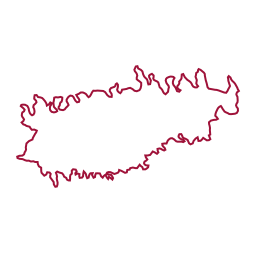 the district of Presidente Juscelino, Minas Gerais, Brazil, rotated 94°
{"feature_id": "56859067B65313354012755", "entity_name": "Presidente Juscelino", "entity_type": "district", "adm_level": 2, "iso_a3": "BRA", "parent_name": "Brazil", "parent_adm1": "Minas Gerais", "projection": "natural_earth1", "projection_center": [-44.096, -18.713], "detail": "fine", "context": "isolated", "style": "outline", "palette": "rose", "viewbox_px": 256, "rotation_deg": 94, "n_neighbors": 0, "source": "geoboundaries", "source_scale": "gbopen_adm2", "svg_char_len": 5808}
<svg xmlns="http://www.w3.org/2000/svg" viewBox="0 0 256 256"><g transform="rotate(94 128 128)"><path d="M65.0,59.6L64.3,61.6L65.4,62.2L67.0,62.2L68.4,63.8L70.5,63.9L72.2,64.2L75.4,62.7L78.7,63.0L80.1,62.3L81.4,61.0L82.7,62.1L82.8,64.1L82.2,65.7L80.8,66.9L79.4,67.6L77.9,68.8L76.7,70.6L75.8,72.2L73.3,74.9L70.3,76.7L70.9,78.1L74.9,78.1L76.3,78.9L78.1,80.2L79.7,79.9L81.1,80.4L82.7,81.6L84.1,81.8L85.7,80.4L86.7,78.3L88.2,79.4L87.8,81.6L84.4,83.4L81.8,85.7L80.1,86.4L78.3,86.4L76.4,85.9L74.9,85.1L73.9,86.2L73.7,87.8L73.8,89.5L74.3,90.8L75.2,92.5L76.3,93.4L78.0,93.7L80.4,92.8L81.9,91.6L82.9,90.6L84.5,90.0L86.2,90.4L89.1,90.6L91.7,92.9L90.8,94.5L89.5,95.5L87.8,96.4L86.3,97.7L85.2,99.2L80.4,101.0L79.5,102.3L78.9,104.0L78.1,105.6L76.7,106.3L75.4,106.0L73.8,106.1L72.3,107.9L73.2,109.6L74.2,110.6L75.7,110.5L79.0,108.5L82.7,109.0L83.1,110.7L81.6,111.3L79.9,111.7L78.2,112.4L76.1,114.9L75.1,115.7L73.4,116.6L70.5,117.6L69.1,119.2L67.9,122.0L65.7,122.9L66.1,124.5L69.4,125.7L70.9,125.1L72.0,124.0L73.2,123.1L75.1,122.4L76.9,122.8L78.7,122.7L79.7,121.4L80.7,119.7L82.0,118.0L84.5,117.8L86.3,118.0L87.7,118.3L89.4,119.2L90.7,121.8L90.4,124.1L88.9,126.1L87.8,128.6L88.3,130.5L89.1,132.1L89.6,134.0L90.2,136.6L92.4,137.1L93.8,138.1L92.9,139.8L91.7,141.0L90.5,141.5L87.6,140.9L85.5,141.1L84.3,142.2L85.2,143.3L86.8,143.5L87.9,144.5L89.3,147.7L90.9,148.8L92.6,148.7L95.0,146.8L96.7,146.4L98.1,146.5L98.1,148.9L96.7,150.9L93.8,153.3L92.8,155.3L92.8,161.0L93.2,163.4L93.2,165.2L94.8,166.3L97.5,167.4L99.1,168.3L100.0,169.5L98.9,170.7L97.2,172.1L96.3,173.7L95.7,175.5L95.9,177.7L97.3,179.4L98.6,181.9L101.1,180.2L102.1,179.2L103.5,178.4L105.3,178.7L105.9,180.6L104.5,182.3L102.6,183.6L101.0,184.5L99.9,185.8L99.7,187.8L101.0,189.5L102.4,190.4L104.0,191.2L105.6,191.1L107.5,189.8L109.2,188.9L110.7,190.0L112.1,191.3L113.8,192.4L114.7,194.0L114.6,195.6L114.4,197.2L113.2,198.6L111.7,198.6L110.3,197.7L108.8,197.6L107.3,197.2L106.4,196.1L104.1,195.6L102.2,195.7L101.7,197.4L102.4,200.0L102.3,202.1L102.9,203.7L106.1,203.9L107.9,204.2L112.0,203.4L113.6,201.8L114.8,200.3L116.1,199.8L117.1,201.2L117.6,203.0L117.2,205.3L115.7,206.8L114.0,207.3L111.8,207.2L110.0,206.2L108.6,205.8L107.9,207.3L110.0,208.6L111.3,210.5L109.3,211.1L107.2,212.5L105.1,214.5L104.1,215.7L103.6,217.4L103.4,219.9L101.5,221.5L101.8,223.4L103.4,223.6L105.4,223.6L107.2,221.6L108.7,221.1L110.2,222.1L111.8,223.7L113.8,224.0L115.5,223.0L117.9,222.4L119.6,222.5L121.2,223.2L122.0,224.6L121.2,225.9L119.9,227.0L117.6,228.0L115.7,228.4L114.3,229.1L113.0,230.0L112.0,232.3L112.0,234.4L112.4,236.0L113.6,236.5L115.6,233.7L117.0,232.4L118.6,232.9L119.9,234.5L121.4,234.8L123.1,234.8L124.4,234.1L125.4,233.2L126.7,232.3L128.4,232.9L129.9,234.5L131.7,232.7L132.2,230.7L133.0,229.5L133.6,226.2L135.1,225.2L136.5,223.8L136.1,221.4L137.0,218.8L138.8,219.3L140.2,220.2L144.5,222.2L146.1,222.5L148.0,225.9L150.5,228.2L154.5,228.6L156.6,228.2L158.0,228.6L159.5,229.4L161.5,229.8L162.9,231.4L163.3,234.4L164.3,236.5L165.7,236.1L166.3,233.9L166.4,230.9L167.3,228.5L167.7,226.7L167.5,224.6L168.2,222.5L167.8,220.1L168.4,218.2L168.2,215.8L170.3,215.4L172.5,214.2L173.6,211.9L177.3,211.5L178.7,211.1L181.4,208.2L180.1,206.3L177.8,205.5L177.9,203.1L179.2,201.9L180.9,202.3L182.6,202.2L187.1,198.4L189.5,198.0L191.7,196.4L191.3,194.9L189.4,194.4L187.4,194.4L184.2,195.4L182.8,195.6L181.4,195.4L179.6,195.9L177.6,196.8L176.4,195.6L177.2,193.4L177.8,190.5L179.4,189.1L181.0,188.3L182.1,186.1L183.7,185.3L184.4,183.8L184.4,182.3L182.6,182.2L180.4,182.4L178.7,182.1L177.5,180.8L174.4,181.1L173.0,179.9L173.2,177.2L174.8,176.2L176.8,177.4L178.1,177.0L176.9,175.2L177.4,173.2L179.5,173.3L181.1,172.7L180.7,170.4L179.4,169.5L176.0,169.4L174.4,169.1L175.7,167.7L176.9,166.8L178.9,166.2L180.9,165.2L180.2,163.8L178.5,163.6L176.9,163.1L175.8,162.3L175.5,160.1L177.3,160.6L180.0,158.9L179.2,157.5L177.3,157.4L175.5,156.8L175.3,155.2L175.3,152.9L178.1,151.4L179.3,149.8L177.8,149.0L176.7,147.9L177.5,146.3L178.8,145.7L180.2,144.3L178.1,143.6L179.1,141.9L180.5,140.0L179.0,139.4L177.3,140.4L176.0,141.5L175.8,143.7L175.3,146.4L173.9,145.7L173.3,144.2L173.3,142.4L174.8,138.4L173.9,136.2L173.1,134.7L171.7,134.0L170.5,133.9L171.2,131.6L172.9,127.8L172.3,126.1L169.9,125.8L169.4,123.5L167.9,123.0L167.1,120.4L167.5,117.9L167.4,116.1L163.8,113.8L165.0,112.6L166.0,111.0L168.2,110.0L168.0,107.8L167.2,106.6L165.8,105.2L164.0,105.0L164.0,107.3L163.2,108.9L161.9,109.6L160.3,109.1L159.3,107.6L158.0,106.5L156.1,108.1L154.2,108.8L154.0,106.4L153.3,104.0L149.7,101.7L150.4,99.7L151.7,97.3L150.2,96.0L148.6,96.8L146.8,97.1L146.2,95.2L146.5,93.7L147.3,92.2L147.9,90.4L147.1,89.2L145.5,89.9L144.1,91.5L142.9,92.5L141.4,92.7L140.9,90.5L140.8,88.5L137.9,87.5L136.6,86.5L135.4,85.0L135.1,83.3L136.0,81.4L137.9,79.0L138.2,77.5L137.9,73.4L138.2,71.9L137.3,70.7L136.0,72.0L135.4,74.2L134.6,75.8L133.2,77.0L131.8,76.9L130.6,76.3L130.4,74.4L132.0,73.4L133.3,72.9L134.2,71.7L134.8,69.7L135.8,67.7L139.0,66.0L139.9,64.5L138.8,62.3L136.4,61.7L133.8,59.8L132.4,57.9L136.0,56.8L135.7,54.7L134.3,53.4L132.6,52.3L134.8,48.5L134.5,46.5L133.4,45.1L129.7,46.8L128.8,45.5L124.4,46.2L122.3,46.2L120.2,46.7L118.3,47.4L116.6,47.6L114.8,45.7L113.9,42.9L113.6,40.6L112.6,39.0L111.1,40.2L109.7,41.8L107.9,41.7L106.1,41.3L102.8,40.0L101.5,39.3L100.4,38.2L99.6,36.9L100.8,35.9L102.1,35.1L104.9,32.8L105.6,31.3L106.2,29.5L107.0,28.0L107.0,26.2L106.3,22.3L105.4,20.5L103.2,19.5L100.8,19.8L99.4,21.1L97.8,21.8L96.1,21.4L94.8,20.6L92.9,20.5L89.2,21.0L88.0,21.8L86.7,22.3L84.9,21.8L83.3,20.0L81.8,21.1L80.2,21.8L76.5,24.2L75.3,25.3L73.5,27.5L72.2,28.5L70.5,29.3L69.2,31.1L70.4,31.9L72.3,31.4L73.9,31.2L79.0,29.2L80.5,29.8L82.1,30.6L84.0,31.3L86.0,32.5L85.9,34.5L84.2,40.3L83.8,42.3L83.8,43.9L83.1,50.2L81.7,51.5L78.0,52.6L74.8,53.8L70.3,55.0L68.7,55.2L67.5,56.1L65.0,59.6Z" fill="none" stroke="#9f1239" stroke-width="2"/></g></svg>